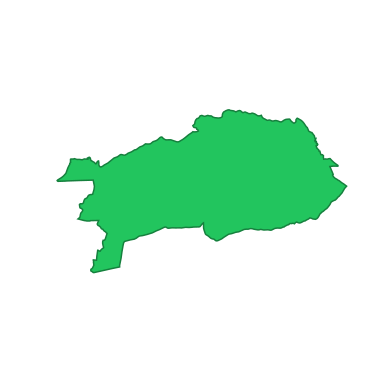 outline of Tenjo, Cundinamarca, Colombia, rotated 42°
{"feature_id": "7082276B86152202895144", "entity_name": "Tenjo", "entity_type": "district", "adm_level": 2, "iso_a3": "COL", "parent_name": "Colombia", "parent_adm1": "Cundinamarca", "projection": "albers", "projection_center": [-74.143, 4.827], "detail": "fine", "context": "isolated", "style": "filled", "palette": "green", "viewbox_px": 384, "rotation_deg": 42, "n_neighbors": 0, "source": "geoboundaries", "source_scale": "gbopen_adm2", "svg_char_len": 5987}
<svg xmlns="http://www.w3.org/2000/svg" viewBox="0 0 384 384"><g transform="rotate(42 192 192)"><path d="M82.0,246.7L80.1,248.4L79.8,248.8L79.8,249.0L80.7,249.8L80.9,250.4L81.9,251.0L82.0,252.3L82.2,252.8L82.8,253.6L82.8,254.3L83.6,257.1L85.8,262.5L85.8,266.1L85.4,268.5L84.1,273.1L84.2,273.8L85.2,273.8L91.1,268.1L91.3,267.8L100.4,259.0L110.6,249.3L115.7,253.1L117.5,255.7L119.7,260.2L119.2,260.7L118.9,261.4L118.2,261.9L118.0,262.3L117.4,263.5L117.4,264.4L117.8,266.1L117.8,267.1L117.1,268.5L117.1,269.4L117.7,271.1L118.6,272.8L118.6,273.2L118.1,274.5L117.1,275.2L116.7,276.2L116.7,276.5L116.9,276.8L118.1,277.8L119.3,278.7L119.9,278.6L121.0,278.2L122.4,278.3L122.9,278.6L123.3,279.3L123.5,280.4L123.5,282.1L124.3,283.7L125.1,284.9L125.6,286.0L125.3,288.3L131.1,285.3L131.1,285.2L133.4,283.8L135.6,281.8L135.7,281.2L141.7,275.6L143.0,279.2L143.9,279.6L144.6,279.7L145.5,279.4L147.2,279.3L149.2,279.9L149.7,279.8L150.3,279.5L151.0,279.3L151.3,279.5L152.0,279.7L153.4,279.7L154.3,279.4L155.6,279.7L156.6,279.6L159.1,285.2L159.2,286.3L158.7,287.1L158.3,287.3L158.8,288.6L159.9,289.9L161.9,291.4L163.4,292.3L163.6,292.7L163.2,294.5L163.1,296.0L163.4,297.4L163.1,297.7L161.3,298.1L160.9,298.4L164.2,303.3L166.7,306.6L164.1,308.5L164.4,308.9L165.0,309.2L165.4,309.6L165.9,310.3L166.4,310.6L167.4,311.6L168.0,312.0L168.9,315.0L168.9,316.2L168.6,317.0L168.8,317.4L169.4,318.1L169.7,318.3L170.1,318.3L171.4,317.9L172.2,318.0L173.0,317.6L184.2,301.8L188.4,296.1L187.6,295.3L187.2,294.8L183.6,288.7L179.8,283.1L176.5,277.8L175.1,275.3L175.0,273.8L178.1,269.0L180.7,265.6L181.5,263.6L181.9,261.5L182.3,260.0L184.5,257.4L185.3,256.2L187.1,253.5L189.9,248.8L191.5,244.7L193.0,241.7L194.8,237.2L195.4,236.1L196.2,235.5L197.9,235.2L198.8,234.6L201.2,231.9L203.9,229.6L207.0,226.7L208.2,225.8L210.9,222.5L213.5,220.4L215.6,218.2L216.4,217.2L220.7,213.1L221.1,212.2L220.9,208.3L221.2,207.3L224.8,211.1L226.6,212.3L230.0,214.2L230.9,214.3L233.7,213.8L236.8,213.8L238.4,213.3L239.7,212.4L242.1,212.3L242.7,212.1L243.7,211.0L244.3,209.6L245.4,207.0L246.0,204.2L247.5,198.8L249.4,196.3L251.5,192.6L253.4,190.3L255.8,184.9L257.3,183.2L258.6,182.1L259.8,180.2L260.1,179.9L261.3,179.0L263.1,178.1L266.1,176.2L267.2,175.2L267.8,174.1L268.4,173.6L270.8,172.2L272.9,170.1L273.7,169.3L275.7,168.0L276.4,167.3L276.7,166.8L277.6,164.4L278.1,163.4L279.4,161.8L282.0,159.6L282.6,158.6L283.0,157.3L283.8,156.5L283.8,155.8L284.6,153.6L285.2,152.1L285.7,151.7L285.8,151.0L285.6,150.3L286.2,149.6L287.2,148.8L287.9,147.7L288.5,147.4L289.4,147.1L289.4,145.5L289.8,144.4L290.4,144.1L291.5,143.8L292.7,143.0L293.1,142.5L293.7,141.3L294.5,139.0L295.5,137.6L295.8,136.0L296.2,135.3L296.7,133.9L296.9,132.4L298.4,131.6L299.8,131.2L302.1,129.6L302.6,128.3L302.7,127.1L302.5,125.5L301.8,122.7L302.0,121.3L301.9,120.6L302.5,118.3L302.7,116.0L303.2,114.1L303.2,112.8L303.0,109.9L302.7,108.2L302.3,107.1L302.2,106.4L302.4,105.4L303.1,103.5L303.9,102.0L304.0,100.1L303.9,97.9L304.2,96.7L304.1,94.8L304.1,92.4L303.0,87.2L303.0,84.2L299.3,84.5L297.1,84.9L293.7,85.1L292.5,85.5L291.8,85.5L288.8,86.1L287.0,86.0L285.9,85.6L285.3,85.4L285.0,85.2L285.1,84.4L277.4,80.8L279.5,78.4L283.1,75.2L282.7,74.6L279.0,75.0L277.2,75.1L274.5,75.0L272.3,74.8L271.7,75.3L270.9,76.4L270.7,76.9L270.5,77.2L269.2,78.0L267.9,79.5L267.3,78.9L266.6,78.5L265.3,77.0L263.8,77.1L263.3,77.6L262.7,78.0L259.7,76.1L259.2,76.6L257.9,75.9L255.4,75.9L255.0,75.4L254.2,75.2L253.3,74.6L253.9,73.4L253.6,73.1L253.6,72.5L252.8,72.2L252.1,72.7L251.3,71.7L250.6,71.3L250.4,71.8L250.0,71.7L249.9,72.1L248.9,71.7L249.0,70.9L248.4,70.4L248.5,69.7L248.2,69.2L247.6,69.9L246.8,69.5L245.4,68.4L241.4,67.6L241.2,67.6L240.9,68.0L240.0,68.1L239.0,68.5L238.2,68.6L237.7,68.5L234.6,67.0L233.1,67.0L229.2,66.0L227.2,65.7L225.3,65.7L223.4,66.1L221.2,66.6L220.8,66.8L220.8,67.9L220.9,68.7L222.2,70.2L222.2,71.2L221.9,72.5L221.7,72.7L221.4,72.8L218.9,73.0L217.7,72.9L216.2,72.5L215.9,72.5L215.5,72.7L213.6,74.7L213.0,75.5L212.3,77.2L211.8,79.4L211.3,80.4L210.3,81.0L208.4,81.7L206.6,82.7L205.9,83.4L204.8,85.0L204.4,85.3L203.7,85.8L202.1,86.3L201.5,86.6L200.7,87.5L200.2,88.2L199.8,88.5L197.4,89.0L196.2,89.4L195.1,89.5L194.0,89.4L192.2,88.6L191.2,90.3L190.5,90.9L189.7,91.4L186.6,91.9L184.4,92.8L183.8,93.3L183.2,94.5L182.3,95.3L181.4,95.9L180.2,96.2L178.0,97.0L177.5,97.6L177.0,98.6L176.5,99.1L173.8,99.2L172.9,99.6L172.6,99.9L171.7,101.3L171.0,103.1L169.6,103.5L168.4,104.0L165.9,105.7L164.6,106.1L163.7,107.1L162.8,108.9L162.0,111.4L162.2,112.8L162.6,113.8L163.1,114.6L164.0,115.7L164.0,116.5L163.4,117.9L162.3,119.2L161.3,120.0L160.0,120.9L159.4,121.4L157.5,122.3L155.6,122.5L154.6,123.2L154.1,123.7L152.9,124.3L152.5,124.5L152.2,125.0L150.9,127.2L149.9,127.8L148.1,128.5L147.2,129.8L147.1,130.1L147.4,131.5L147.4,132.4L147.4,133.0L146.7,133.8L146.6,134.2L146.6,136.0L147.1,137.5L148.4,139.6L148.4,140.6L148.2,142.1L149.3,142.6L150.2,142.7L152.1,141.6L152.6,141.5L153.6,142.2L154.5,141.9L154.9,141.9L155.9,142.5L155.4,143.6L154.8,144.5L153.2,146.1L152.3,146.6L152.2,147.8L151.2,151.7L150.5,156.4L150.0,159.0L148.7,163.1L148.4,163.7L148.1,164.1L147.1,164.9L141.3,167.4L138.0,170.5L137.1,171.0L135.6,171.3L134.9,171.4L133.5,171.3L132.9,171.3L132.4,171.7L132.0,172.3L131.8,172.9L131.5,176.1L131.1,177.5L130.8,178.2L129.4,180.6L128.9,183.8L128.4,184.6L127.2,185.8L125.2,187.4L124.5,190.8L123.1,193.4L122.2,197.8L121.4,198.8L121.1,199.3L120.2,202.6L118.5,206.0L118.3,207.3L117.7,209.0L117.5,209.5L116.7,210.2L114.6,211.3L113.8,212.1L113.1,215.6L111.3,219.0L110.1,226.8L108.7,230.7L108.3,232.8L107.6,234.3L107.4,234.5L106.8,234.8L105.7,234.7L105.2,234.5L104.3,233.9L103.1,232.5L101.8,231.5L101.3,232.4L101.3,232.8L101.8,234.6L101.8,235.2L101.6,235.5L100.9,235.6L100.5,235.4L99.4,235.4L97.5,235.9L96.7,235.9L96.3,236.1L96.2,235.9L95.3,236.1L93.7,234.8L93.0,235.4L92.6,235.0L92.2,235.9L91.9,235.8L91.7,236.5L92.4,237.1L91.7,237.3L92.0,237.9L90.2,239.2L89.8,239.6L88.8,241.6L86.5,243.1L84.7,244.8L82.3,245.9L82.0,246.4L82.0,246.7Z" fill="#22c55e" stroke="#15803d" stroke-width="1.5"/></g></svg>